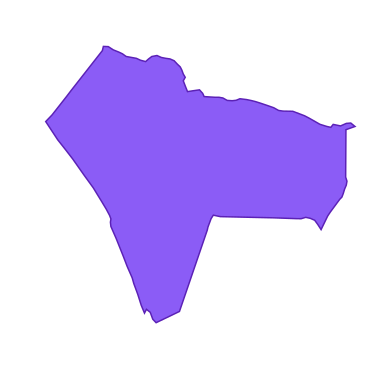 outline of Pacatuba, Sergipe, Brazil, rotated 97°
{"feature_id": "56859067B28654461214030", "entity_name": "Pacatuba", "entity_type": "district", "adm_level": 2, "iso_a3": "BRA", "parent_name": "Brazil", "parent_adm1": "Sergipe", "projection": "equal_earth", "projection_center": [-36.665, -10.515], "detail": "fine", "context": "isolated", "style": "filled", "palette": "violet", "viewbox_px": 384, "rotation_deg": 97, "n_neighbors": 0, "source": "geoboundaries", "source_scale": "gbopen_adm2", "svg_char_len": 1430}
<svg xmlns="http://www.w3.org/2000/svg" viewBox="0 0 384 384"><g transform="rotate(97 192 192)"><path d="M228.0,172.2L224.9,171.9L216.1,169.8L212.4,168.0L213.0,160.9L207.7,108.0L207.1,101.1L205.7,84.8L205.2,80.4L203.3,76.0L203.7,71.5L205.1,66.8L208.8,63.3L213.6,59.3L199.3,54.4L195.3,52.4L181.3,44.5L178.8,42.6L175.2,41.7L170.6,40.9L166.4,39.7L162.4,39.5L158.5,41.3L111.4,46.8L107.1,38.2L104.2,42.8L105.1,47.2L108.3,52.6L107.7,60.1L110.9,62.1L110.5,66.2L109.2,73.3L104.4,84.8L102.6,89.6L99.6,101.8L100.6,111.4L100.5,116.0L98.4,121.1L97.0,127.5L95.5,134.8L94.5,140.2L94.0,144.3L93.6,149.1L93.6,155.8L95.6,159.4L96.5,163.2L96.8,168.2L94.9,172.8L94.7,176.7L95.2,181.1L95.5,185.9L95.8,191.6L92.8,193.4L89.7,197.0L91.3,203.0L92.9,208.7L87.8,211.5L82.7,214.2L79.0,212.7L76.0,215.0L72.3,216.9L69.3,218.9L66.9,222.1L63.9,225.7L62.6,230.0L62.5,234.6L62.2,238.8L60.8,243.4L62.4,248.4L65.2,251.3L68.2,253.9L67.5,259.1L66.1,263.5L65.8,268.7L65.5,273.9L63.3,277.9L62.1,281.5L60.5,287.5L57.9,292.8L58.3,297.7L62.6,298.2L105.9,324.3L112.4,328.1L127.3,337.1L132.7,340.4L139.9,345.8L156.6,331.6L164.5,323.6L173.7,314.5L188.4,301.2L199.9,290.5L212.6,280.4L219.5,275.0L225.2,271.0L228.6,269.2L231.9,269.3L236.1,268.3L247.4,261.6L264.5,252.2L273.9,247.2L284.5,240.9L290.0,238.6L300.1,233.4L310.6,228.6L318.0,224.4L314.0,222.9L316.5,218.8L323.1,215.4L326.1,211.7L312.1,189.9L228.0,172.2Z" fill="#8b5cf6" stroke="#5b21b6" stroke-width="1.5"/></g></svg>